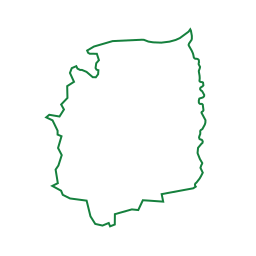 the district of Camden, Georgia, United States of America, rotated 252°
{"feature_id": "52423323B71362647483761", "entity_name": "Camden", "entity_type": "district", "adm_level": 2, "iso_a3": "USA", "parent_name": "United States of America", "parent_adm1": "Georgia", "projection": "robinson", "projection_center": [-81.646, 30.939], "detail": "fine", "context": "isolated", "style": "outline", "palette": "green", "viewbox_px": 256, "rotation_deg": 252, "n_neighbors": 0, "source": "geoboundaries", "source_scale": "gbopen_adm2", "svg_char_len": 2114}
<svg xmlns="http://www.w3.org/2000/svg" viewBox="0 0 256 256"><g transform="rotate(252 128 128)"><path d="M51.3,174.3L52.3,174.0L53.5,174.2L54.4,174.9L54.9,176.2L57.8,180.5L59.7,182.6L62.4,185.3L67.7,184.6L69.8,186.1L71.2,187.5L71.7,187.8L76.2,186.8L82.3,186.4L82.9,186.5L87.5,188.5L90.2,192.8L90.8,194.2L92.0,194.9L93.3,194.8L94.1,194.4L94.8,193.2L95.6,192.6L97.2,192.7L98.5,193.6L99.9,194.8L101.2,195.3L102.4,195.6L102.8,195.8L103.2,196.1L103.5,196.6L103.7,197.2L103.9,198.1L104.0,198.4L107.5,202.1L109.1,203.2L111.5,204.1L119.8,202.6L120.5,203.1L120.8,204.3L121.1,204.8L121.7,205.3L127.1,206.3L128.0,205.8L128.2,205.4L128.6,204.1L128.9,203.7L129.8,203.3L130.6,203.3L132.4,203.9L133.1,204.4L133.9,204.9L134.0,205.8L133.9,207.6L134.0,208.9L134.5,209.9L134.9,210.3L135.9,210.7L140.1,209.9L141.3,208.9L142.8,208.6L143.9,209.3L144.2,210.0L144.6,211.8L145.3,212.9L148.0,213.4L148.6,212.9L149.2,211.6L149.8,210.8L150.7,210.5L153.2,211.6L155.5,212.2L159.8,212.8L160.6,213.1L162.3,214.5L163.8,215.4L166.8,214.9L167.9,215.3L168.6,215.9L169.4,216.0L170.1,216.2L170.6,216.3L171.2,216.2L171.7,215.9L172.4,215.1L172.7,214.5L172.9,213.8L173.3,213.1L174.1,212.6L174.8,212.4L177.1,212.7L178.8,212.8L181.8,212.5L187.6,211.3L188.3,211.3L189.5,212.2L192.2,215.7L193.2,216.3L195.9,217.2L197.4,217.4L201.1,217.9L202.6,217.7L200.9,215.4L197.5,205.1L197.0,200.5L197.3,194.2L198.9,186.0L201.7,178.4L203.9,174.1L207.0,170.3L207.7,168.3L215.4,140.2L216.0,120.8L214.3,113.1L211.9,113.3L210.5,114.5L208.2,121.3L201.5,121.3L199.4,117.8L195.1,115.7L193.2,116.1L192.1,117.7L188.4,116.2L186.2,113.1L187.2,110.2L194.2,105.9L197.5,102.1L198.0,100.4L200.1,98.3L202.8,97.9L202.3,93.0L198.3,89.8L188.6,90.9L186.6,83.1L175.3,79.7L171.0,71.7L165.4,72.8L160.1,66.4L164.9,57.2L163.4,53.5L158.6,58.6L147.2,60.2L143.5,59.0L140.7,62.2L130.6,55.3L122.7,56.6L113.8,50.2L110.8,46.3L97.2,44.2L96.3,38.1L89.0,45.0L84.6,45.3L78.9,51.1L71.7,66.2L55.6,65.0L46.9,67.2L43.1,73.6L43.6,80.3L40.0,80.6L40.3,85.6L50.1,88.9L49.4,106.5L46.8,112.4L54.7,119.8L52.4,125.6L47.1,138.7L54.7,139.6L50.5,171.4L51.3,174.3Z" fill="none" stroke="#15803d" stroke-width="2"/></g></svg>